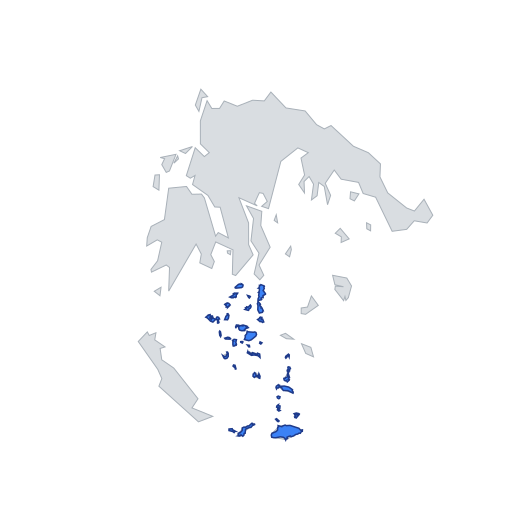 Greece, with Notio Aigaio highlighted, rotated 46°
{"feature_id": "GRC-3013", "entity_name": "Notio Aigaio", "entity_type": "Region", "adm_level": 1, "iso_a3": "GRC", "parent_name": "Greece", "parent_adm1": "", "projection": "orthographic", "projection_center": [25.984, 36.675], "detail": "fine", "context": "in_parent", "style": "filled", "palette": "blue", "viewbox_px": 512, "rotation_deg": 46, "n_neighbors": 0, "source": "natural_earth", "source_scale": "10m", "svg_char_len": 9900}
<svg xmlns="http://www.w3.org/2000/svg" viewBox="0 0 512 512"><g transform="rotate(46 256 256)"><path d="M331.9,95.7L349.5,100.5L351.1,110.0L340.6,117.7L341.5,129.1L332.8,140.9L296.8,129.1L285.5,135.5L274.3,131.1L259.9,141.4L248.5,140.0L251.8,155.7L264.2,160.2L268.8,168.9L253.4,158.6L246.7,159.8L255.1,170.2L254.2,177.2L244.3,164.7L235.7,162.6L235.8,169.7L244.3,177.3L234.2,175.6L231.5,164.8L216.8,155.6L218.0,146.6L207.3,150.8L205.2,172.4L230.6,214.1L224.2,217.4L224.6,210.0L215.9,207.4L212.8,209.6L214.4,213.8L217.1,220.5L220.8,220.3L202.2,227.8L227.1,238.4L242.7,253.4L253.2,257.3L255.9,284.2L252.7,285.7L235.6,268.3L217.9,275.2L223.6,287.6L231.0,289.8L234.3,296.5L221.9,301.2L216.6,294.0L205.8,290.8L220.6,343.2L204.2,326.2L200.1,326.8L195.0,342.4L192.7,340.9L191.1,330.1L180.6,314.2L175.8,315.8L172.9,327.7L167.3,321.5L161.9,310.9L166.2,296.6L146.6,271.7L157.7,257.7L167.1,259.2L173.6,252.2L178.4,252.8L213.7,271.3L212.9,266.9L223.8,263.3L196.0,247.9L192.1,251.6L179.0,248.5L160.5,252.0L155.7,243.9L154.4,249.2L149.8,250.3L135.9,224.5L148.6,224.1L149.2,217.8L136.7,218.1L120.1,202.1L110.3,183.3L119.2,185.3L124.5,179.7L122.4,171.2L135.3,165.4L141.6,150.2L150.2,142.3L148.4,131.4L170.3,131.6L185.8,119.9L203.6,121.2L212.0,118.6L214.3,111.4L244.7,109.7L259.8,103.4L276.2,102.5L285.2,111.9L302.1,117.4L326.1,114.3L333.7,110.8L331.9,95.7ZM246.0,387.1L258.2,384.6L255.9,389.2L265.2,395.9L279.5,393.0L318.4,396.9L320.8,407.6L341.3,398.5L335.3,412.6L282.2,416.3L278.8,408.9L269.3,405.4L235.7,400.1L235.1,386.9L239.0,388.0L241.7,381.3L246.0,387.1ZM227.9,220.8L237.4,231.4L259.5,239.7L264.6,260.1L275.3,263.8L275.8,269.8L267.6,269.8L256.0,251.9L241.6,249.1L227.3,231.7L213.3,228.0L227.9,220.8ZM343.9,208.1L350.1,218.5L350.4,222.2L346.9,220.1L349.0,224.0L334.8,222.5L332.8,219.9L338.9,214.4L331.5,219.2L323.1,214.3L334.9,206.0L343.9,208.1ZM399.7,368.7L394.7,367.4L394.6,357.3L402.0,348.9L414.0,344.4L408.9,362.0L399.7,368.7ZM332.4,260.8L328.8,263.5L324.8,259.6L328.5,254.4L323.2,243.9L334.8,245.5L332.4,260.8ZM127.3,242.9L134.7,259.2L133.5,262.5L124.8,260.3L122.5,254.1L118.6,256.5L127.3,242.9ZM112.3,196.6L105.3,194.8L97.7,179.8L107.8,180.1L104.6,184.9L112.3,196.6ZM308.4,177.1L305.4,185.4L301.5,181.3L294.7,183.2L294.6,176.2L308.4,177.1ZM359.8,280.0L368.5,284.7L360.6,287.9L350.7,284.2L359.8,280.0ZM284.7,147.0L280.1,148.6L275.5,143.4L282.8,138.8L284.7,147.0ZM130.5,269.0L141.2,280.1L134.6,281.8L127.6,272.4L130.5,269.0ZM311.7,320.1L308.3,321.9L304.7,315.2L310.9,309.2L311.7,320.1ZM289.8,275.5L289.9,285.5L280.3,272.6L289.8,275.5ZM375.9,374.2L372.9,393.8L370.2,384.9L375.9,374.2ZM133.3,235.5L127.2,237.8L133.1,225.7L133.3,235.5ZM217.9,352.7L210.7,353.7L212.5,346.0L217.9,352.7ZM365.0,331.3L375.0,323.1L380.2,324.4L372.6,328.9L365.0,331.3ZM330.0,293.5L332.1,288.5L342.1,286.6L336.6,291.6L330.0,293.5ZM300.0,311.4L298.5,318.9L295.0,316.8L300.0,311.4ZM299.8,288.6L297.1,292.6L291.2,286.3L299.8,288.6ZM279.9,232.4L274.9,233.4L273.0,224.2L275.9,226.1L279.9,232.4ZM317.5,156.1L313.4,157.4L308.9,153.4L313.3,151.9L317.5,156.1ZM273.2,329.4L273.0,333.2L265.2,334.4L266.4,330.2L273.2,329.4ZM331.3,323.2L319.1,328.5L328.9,321.6L331.3,323.2ZM268.8,287.3L264.5,293.0L268.0,285.7L268.8,287.3ZM308.7,296.2L302.8,298.9L303.0,295.3L308.7,296.2ZM346.4,338.2L341.5,341.7L339.2,340.1L343.0,335.7L346.4,338.2ZM368.3,318.3L363.8,321.0L362.5,314.3L368.3,318.3ZM271.7,298.8L267.7,303.2L269.8,295.6L271.7,298.8ZM132.3,244.3L132.2,250.6L129.5,242.8L132.3,244.3ZM306.3,331.9L304.7,334.7L300.8,329.9L306.3,331.9ZM247.2,217.4L243.0,218.2L240.4,212.8L247.2,217.4ZM237.3,273.5L234.1,274.5L232.3,273.1L234.8,270.4L237.3,273.5ZM273.3,309.0L269.3,311.8L270.0,309.2L273.3,309.0ZM306.3,343.5L307.3,349.8L304.8,348.9L306.3,343.5ZM282.0,320.7L278.7,320.2L278.9,317.2L282.0,320.7Z" fill="#d9dde1" stroke="#a8b0b8" stroke-width="1"/><path d="M414.3,344.5L413.8,345.2L414.3,347.3L413.3,348.1L413.1,349.7L412.0,351.3L411.6,353.8L410.4,356.3L409.4,356.3L408.7,357.3L407.9,359.6L409.2,360.2L408.5,361.6L409.0,362.5L407.0,361.9L405.3,362.3L403.0,364.1L400.4,368.1L399.1,369.4L397.3,370.6L395.4,369.4L394.6,367.7L396.2,363.6L396.2,361.4L394.3,359.4L394.5,358.6L393.4,357.9L396.7,356.0L396.5,355.6L397.8,352.5L399.1,352.0L401.5,349.2L409.7,344.8L412.2,344.9L413.3,343.4L414.3,344.5ZM311.0,309.2L312.8,310.1L313.5,311.8L313.0,317.7L311.9,320.0L308.0,322.4L307.0,320.1L305.7,319.1L305.5,316.8L304.0,314.6L305.1,314.3L309.0,310.9L309.8,309.6L311.0,309.2ZM291.1,281.9L291.2,282.6L289.7,284.9L289.7,285.8L288.2,284.2L287.3,281.9L286.3,281.6L284.5,279.2L283.9,279.6L283.7,278.3L283.0,277.4L281.6,276.0L280.8,276.6L280.9,275.6L279.6,274.0L280.1,273.9L280.0,272.4L283.2,270.9L283.8,271.2L283.8,272.0L285.1,272.6L285.8,274.9L289.7,275.4L290.1,275.8L289.3,278.4L290.8,279.7L290.3,280.0L289.8,281.6L291.1,281.9ZM375.4,387.8L376.5,389.2L376.5,390.7L374.5,390.9L373.8,391.8L373.6,393.0L374.2,392.7L374.0,393.1L372.8,394.0L373.1,393.2L371.7,392.7L371.1,391.8L371.7,391.1L371.5,390.5L372.1,390.3L371.9,387.1L370.1,385.3L370.7,383.5L371.9,382.7L372.3,380.3L373.3,379.1L373.4,375.2L373.9,374.8L374.5,375.2L375.8,373.8L376.3,374.1L375.5,376.3L375.8,378.7L374.7,380.1L373.5,383.1L373.6,384.1L376.0,387.0L375.4,387.8ZM377.5,322.6L377.9,323.4L379.8,323.8L380.3,324.7L375.0,326.6L371.8,329.7L370.0,329.7L368.7,329.0L366.6,330.1L366.0,330.7L366.4,331.7L365.6,332.4L365.9,333.6L364.5,333.0L363.8,331.9L364.1,329.5L364.5,329.7L365.3,328.8L366.3,329.4L369.2,326.0L373.0,323.5L377.5,322.6ZM296.0,292.1L293.1,289.1L291.2,288.1L290.8,286.2L293.3,286.2L293.9,286.5L293.6,287.2L294.6,287.8L295.9,287.5L296.9,288.5L297.5,287.8L300.5,288.9L300.3,289.2L301.0,290.5L299.4,293.2L296.0,292.1ZM301.6,316.2L299.8,318.2L298.1,319.2L296.8,319.1L294.9,317.8L295.3,315.5L296.9,314.2L296.2,314.0L296.7,313.2L300.1,311.3L299.5,312.1L300.9,312.6L301.4,312.0L301.1,311.3L302.2,311.3L301.0,314.2L301.0,314.9L301.6,315.2L301.1,315.9L301.6,316.2ZM270.9,330.1L273.2,329.2L273.6,329.8L273.6,332.9L271.2,334.0L266.7,334.0L265.2,334.6L265.3,332.3L265.8,331.7L265.3,331.3L266.3,329.7L267.4,330.7L267.9,330.6L268.3,332.0L269.0,332.4L270.8,332.2L270.3,331.1L269.1,330.7L268.4,329.4L268.9,329.0L270.9,330.1ZM267.9,285.5L268.9,287.0L268.6,288.5L265.4,292.5L264.7,293.1L264.0,292.8L264.2,288.5L264.6,287.4L266.1,286.5L266.3,286.1L265.8,285.8L266.2,285.6L267.9,285.5ZM329.1,321.5L331.7,323.6L329.1,323.7L325.9,326.1L324.3,328.3L319.6,329.5L319.0,328.3L319.5,328.6L320.3,327.7L323.0,327.7L323.7,326.4L323.2,326.6L323.0,325.7L327.8,323.4L327.0,322.4L329.1,321.5ZM363.4,321.0L364.2,320.0L363.9,319.3L365.0,317.1L364.6,316.5L363.6,316.4L362.4,314.8L362.5,314.2L366.2,316.1L365.7,316.4L367.0,317.6L367.0,318.4L368.0,317.8L368.4,318.5L368.3,321.0L366.5,320.6L366.2,321.7L364.7,321.9L363.4,321.0ZM301.2,331.8L301.5,331.4L300.4,331.4L300.9,329.5L302.6,328.2L304.1,330.5L306.0,331.4L306.4,332.2L305.7,332.6L305.9,333.7L305.0,334.9L303.7,334.2L301.2,331.8ZM267.4,298.5L267.7,297.3L270.0,295.0L270.3,295.7L269.8,296.9L271.7,298.6L271.5,299.6L271.0,299.4L270.6,299.9L270.2,301.5L269.0,302.7L267.3,303.4L268.0,300.9L268.6,300.5L268.1,299.8L268.4,298.6L267.4,298.5ZM342.7,335.7L345.3,336.6L346.6,338.3L346.2,338.6L345.8,338.0L344.7,338.7L343.1,338.8L342.2,340.3L342.2,341.5L340.4,341.7L339.0,340.0L339.3,339.4L338.8,338.1L340.1,337.7L341.9,339.0L342.8,338.0L344.3,338.0L342.7,335.7ZM306.1,298.7L302.8,299.0L303.5,296.5L302.8,296.1L303.0,295.3L304.3,294.4L305.4,296.3L306.1,295.1L308.7,296.2L308.4,297.4L306.6,297.8L306.1,298.7ZM279.8,316.6L281.6,319.0L282.1,320.7L280.0,322.8L278.4,319.3L278.7,318.2L277.5,316.9L277.8,316.2L277.5,315.9L279.2,316.9L279.8,316.6ZM289.1,297.7L289.8,298.5L289.8,299.3L286.7,301.1L287.0,299.5L286.0,299.4L286.8,298.2L286.2,297.9L287.4,297.1L287.3,294.1L288.6,294.3L289.3,295.3L289.6,296.6L289.1,297.7ZM305.3,343.2L306.7,343.6L309.0,345.8L309.4,348.0L308.4,349.7L307.0,349.9L304.5,349.0L306.3,348.7L307.4,347.4L306.6,345.4L306.8,344.6L304.8,343.8L305.3,343.2ZM270.1,309.6L269.8,309.3L271.0,308.5L273.0,308.5L273.4,309.4L273.4,312.0L272.9,311.3L272.7,312.3L272.1,312.9L271.8,312.3L272.1,312.3L270.8,312.2L270.6,311.6L269.2,312.2L269.1,311.7L269.5,311.3L269.3,310.8L270.1,309.6ZM400.1,335.7L400.4,338.7L399.9,339.0L400.4,339.6L399.1,340.3L398.6,340.0L399.3,339.3L397.2,338.5L397.7,338.0L395.9,338.1L396.9,336.1L399.0,334.7L399.7,334.6L399.8,335.1L398.2,335.8L398.0,336.4L398.5,336.3L398.8,336.8L400.1,335.7ZM382.2,344.8L381.8,345.7L382.3,346.2L383.9,345.9L383.4,347.3L381.5,347.5L380.7,346.2L380.9,345.5L380.4,345.2L379.1,346.2L378.4,345.4L378.4,343.6L378.5,343.2L378.9,344.0L380.6,342.9L382.2,344.8ZM364.6,393.5L368.0,392.5L367.5,393.1L367.8,394.4L366.0,394.7L362.8,396.7L361.7,395.6L363.7,393.1L364.6,393.5ZM361.6,311.2L362.4,313.4L361.0,313.8L360.6,313.1L361.1,312.5L359.8,312.8L359.8,311.5L358.2,310.4L358.1,309.8L359.4,308.9L361.0,309.5L360.8,310.7L361.6,311.2ZM296.4,331.7L297.9,331.8L297.8,332.4L294.4,335.7L293.4,335.6L294.8,332.7L296.4,331.7ZM276.0,326.0L274.7,328.5L273.4,328.4L272.7,326.8L273.2,325.9L274.3,325.5L276.0,326.0ZM350.3,300.8L351.7,302.4L350.5,302.0L349.6,303.0L350.2,303.9L350.3,305.5L349.5,305.4L348.8,304.3L349.1,300.8L350.3,300.8ZM374.0,336.5L374.8,337.9L374.5,338.8L373.1,339.2L371.9,338.7L372.2,337.3L374.0,336.5ZM318.8,347.8L320.0,347.0L323.3,348.8L323.0,349.4L321.9,348.8L319.2,349.0L318.8,347.8ZM285.8,334.2L288.8,336.2L289.4,337.5L287.9,337.2L285.1,335.1L284.8,334.2L285.8,334.2ZM294.0,320.7L292.8,319.9L292.0,318.0L293.8,316.4L294.3,316.4L293.3,319.7L294.0,320.7ZM387.3,354.2L390.7,354.0L390.8,354.7L390.5,355.2L389.5,355.4L387.0,355.3L387.3,354.2ZM281.3,288.3L281.6,290.0L280.7,290.1L278.5,289.5L280.6,288.3L281.3,288.3ZM276.5,327.9L278.2,328.9L277.9,330.1L277.4,330.2L276.0,328.6L276.5,327.9ZM307.0,326.5L307.9,325.3L309.1,324.7L308.8,325.0L309.1,326.4L307.4,326.9L307.0,326.5ZM314.0,324.1L315.6,322.8L316.9,323.7L316.5,324.3L314.0,324.1ZM322.7,313.7L321.3,314.0L320.6,312.7L322.6,312.0L322.7,313.7Z" fill="#3b82f6" stroke="#1e3a8a" stroke-width="1.5"/></g></svg>